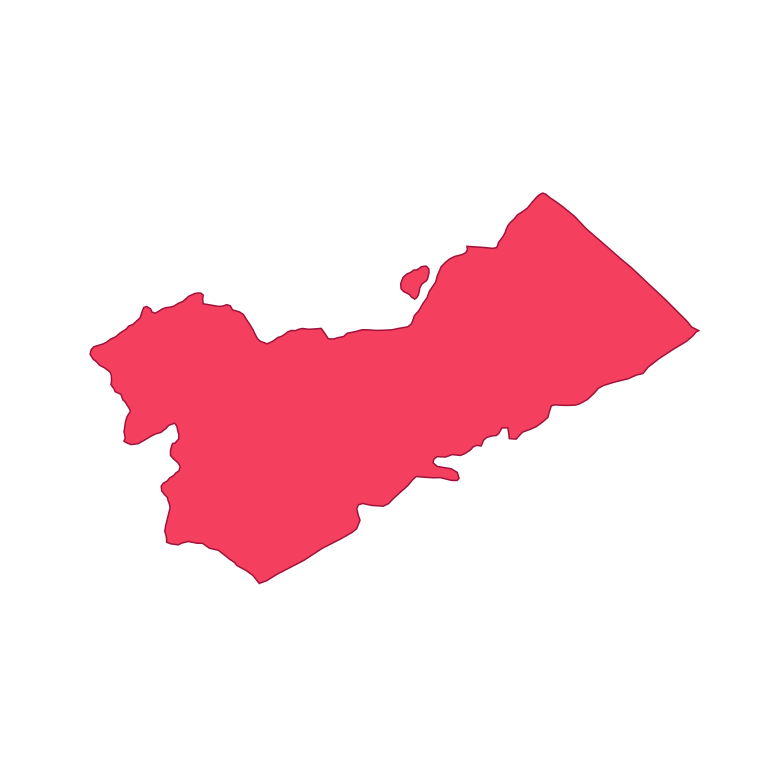 Strömsund, Jämtland, Sweden, rotated 104°
{"feature_id": "70781695B21663414086588", "entity_name": "Strömsund", "entity_type": "district", "adm_level": 2, "iso_a3": "SWE", "parent_name": "Sweden", "parent_adm1": "Jämtland", "projection": "mercator", "projection_center": [15.173, 64.234], "detail": "fine", "context": "isolated", "style": "filled", "palette": "rose", "viewbox_px": 768, "rotation_deg": 104, "n_neighbors": 0, "source": "geoboundaries", "source_scale": "gbopen_adm2", "svg_char_len": 4066}
<svg xmlns="http://www.w3.org/2000/svg" viewBox="0 0 768 768"><g transform="rotate(104 384 384)"><path d="M313.4,139.6L311.2,135.3L303.5,131.7L299.4,128.3L293.3,123.7L279.8,111.2L269.6,101.0L264.6,97.4L261.8,95.5L258.0,93.8L256.1,91.5L255.9,92.3L254.3,99.3L249.9,105.0L234.0,131.4L222.9,151.5L216.8,162.2L211.0,172.6L204.8,185.5L195.1,204.3L184.4,225.4L175.0,240.1L168.5,254.0L165.1,262.4L163.1,268.1L161.9,270.5L160.7,272.9L160.3,276.1L162.3,278.6L165.3,280.8L171.7,284.2L178.6,287.4L183.4,291.4L187.6,295.5L192.3,297.5L196.7,300.5L200.5,302.1L204.8,302.9L208.0,303.1L211.8,304.1L215.2,305.5L219.1,307.2L222.5,307.2L224.5,308.0L226.1,311.4L227.1,318.6L229.1,329.9L230.4,336.9L233.4,335.5L236.7,336.4L239.3,339.2L240.8,341.9L243.2,346.4L246.9,350.7L250.8,353.6L256.3,356.9L266.4,358.5L272.5,358.5L277.8,360.5L283.2,362.4L289.3,363.0L289.7,363.0L295.9,365.5L304.3,367.9L310.2,371.0L318.8,371.8L322.7,374.7L326.8,383.9L329.5,389.4L332.1,398.0L334.0,405.0L335.2,412.0L336.6,418.3L339.7,423.7L343.6,431.9L347.7,434.7L350.2,440.0L352.6,443.9L353.6,448.9L348.3,454.8L345.2,458.3L347.7,465.7L349.1,470.3L349.9,476.8L352.0,480.7L353.6,482.6L354.5,486.9L357.0,490.3L359.0,491.6L362.4,494.8L364.6,498.3L367.0,500.2L370.0,502.9L373.4,507.4L373.0,509.1L372.5,514.1L370.5,517.9L366.2,521.7L363.4,523.9L358.5,528.8L353.9,533.9L350.5,537.3L349.0,541.8L348.7,549.0L345.3,552.0L345.0,555.7L347.5,559.4L348.7,563.3L349.3,570.9L349.9,578.9L345.9,580.4L341.4,581.0L340.1,583.8L340.8,586.8L342.0,589.6L346.3,594.9L349.5,597.0L350.0,597.4L352.4,599.0L355.5,603.1L359.2,606.6L361.0,609.7L362.3,613.2L364.5,616.9L367.2,619.5L370.7,623.2L370.2,626.7L367.6,628.6L366.2,633.1L368.0,635.7L373.3,636.3L378.9,636.7L382.3,639.0L387.0,642.1L389.7,645.8L392.8,647.2L398.7,652.7L403.0,655.6L406.7,660.3L410.4,663.2L413.1,666.3L415.5,670.3L418.2,674.7L421.7,676.5L426.4,676.3L428.0,674.6L430.3,672.2L431.9,668.5L434.6,664.6L436.0,658.9L438.7,652.7L441.3,650.7L447.5,649.0L450.6,648.8L453.8,645.1L456.5,642.9L457.7,636.8L462.5,633.5L464.1,630.8L467.6,627.1L470.8,624.0L472.5,623.6L475.4,624.7L478.4,625.5L483.3,625.7L493.2,624.7L499.1,622.0L502.4,622.5L503.4,619.1L504.0,614.8L501.4,608.1L496.1,602.5L491.7,598.2L487.6,593.5L485.0,588.8L479.7,584.7L476.2,582.9L472.7,577.7L474.9,574.9L479.7,572.6L482.7,570.8L486.8,569.9L491.8,572.4L492.8,574.7L495.6,575.1L500.1,575.1L504.7,574.0L507.1,571.0L510.4,564.6L513.5,561.8L518.0,562.0L520.8,564.6L523.3,565.7L527.2,569.3L530.7,571.0L533.6,574.1L537.0,575.5L541.5,573.8L544.4,570.2L546.5,566.7L548.9,565.6L552.4,563.2L555.7,561.6L563.5,561.6L574.1,561.6L579.9,561.1L584.0,558.7L587.4,557.3L590.1,556.6L590.7,552.3L589.9,544.8L587.4,541.9L584.2,535.9L583.7,526.7L582.5,521.4L585.6,513.6L585.4,504.6L588.3,498.0L591.5,491.1L593.4,485.7L595.8,482.7L598.1,473.4L601.4,465.0L607.7,456.7L607.4,456.5L603.3,450.3L594.7,442.0L574.5,419.1L558.2,404.0L544.3,388.0L535.4,378.8L530.9,375.5L522.0,374.3L517.9,377.0L511.6,380.3L507.5,379.7L505.1,375.8L504.8,366.6L502.7,355.1L498.9,350.6L493.6,347.6L487.3,343.5L480.8,339.0L476.4,336.1L470.1,333.1L466.0,330.4L464.8,322.7L463.0,313.2L461.2,306.7L461.2,295.1L460.0,289.8L457.4,288.3L452.0,291.6L450.0,298.4L451.1,312.4L448.5,317.4L444.9,317.4L441.7,315.0L439.9,306.4L436.0,300.8L434.8,292.5L431.9,288.6L427.1,284.2L423.6,282.4L421.2,279.4L420.6,274.7L414.4,273.8L411.1,271.4L408.7,267.6L406.7,262.5L404.3,260.7L398.1,259.0L396.6,253.3L401.0,251.3L406.7,249.2L405.5,242.4L401.9,240.6L397.2,237.9L393.0,231.7L388.6,226.0L382.6,221.0L376.7,216.9L372.0,216.9L364.5,216.3L362.8,212.7L361.6,205.9L360.1,199.7L358.0,192.8L355.6,189.0L349.7,182.8L342.3,178.0L336.4,175.0L332.5,170.9L326.9,161.7L323.6,155.5L319.8,148.3L314.4,141.5L313.4,139.6ZM282.5,372.5L278.6,371.7L276.6,370.5L273.7,367.9L271.6,367.2L265.2,367.2L261.6,368.3L259.4,371.5L260.2,374.0L261.5,376.5L263.0,377.4L265.4,379.9L266.3,382.8L269.2,385.1L271.9,388.6L276.0,391.3L282.5,392.1L287.5,390.5L289.5,387.2L290.1,384.9L291.0,381.0L293.0,378.4L294.2,374.7L292.4,373.2L289.3,372.2L285.6,372.2L282.5,372.5Z" fill="#f43f5e" stroke="#9f1239" stroke-width="1.5"/></g></svg>